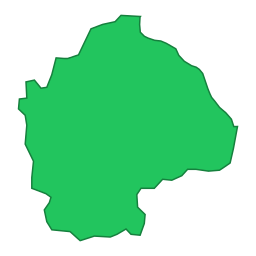 outline of Gimhae-si, South Gyeongsang, South Korea
{"feature_id": "91817680B1708787718818", "entity_name": "Gimhae-si", "entity_type": "district", "adm_level": 2, "iso_a3": "KOR", "parent_name": "South Korea", "parent_adm1": "South Gyeongsang", "projection": "equal_earth", "projection_center": [128.865, 35.269], "detail": "fine", "context": "isolated", "style": "filled", "palette": "green", "viewbox_px": 256, "rotation_deg": 0, "n_neighbors": 0, "source": "geoboundaries", "source_scale": "gbopen_adm2", "svg_char_len": 1131}
<svg xmlns="http://www.w3.org/2000/svg" viewBox="0 0 256 256"><path d="M140.4,16.5L121.0,15.4L115.1,21.7L102.7,24.4L91.0,28.8L78.5,54.9L67.7,58.5L64.3,58.5L56.1,57.9L51.8,74.7L46.8,87.3L41.0,88.2L34.4,80.1L26.0,81.9L26.8,98.1L19.4,99.0L18.5,108.9L25.2,115.3L26.8,125.2L25.2,144.1L33.5,161.2L31.8,177.5L31.8,188.3L46.0,193.7L51.0,197.3L49.3,202.7L44.3,209.9L46.8,221.7L51.8,229.8L70.1,231.6L78.4,239.1L78.8,239.4L80.1,240.6L80.3,240.6L94.3,236.1L94.5,236.1L110.1,237.0L110.3,237.0L117.0,234.3L126.0,229.0L131.0,234.3L140.1,235.2L144.3,223.5L145.1,214.5L137.6,207.2L136.8,194.6L141.0,188.3L154.3,188.3L162.6,179.3L162.8,179.3L171.8,180.2L181.8,175.7L187.6,169.3L187.8,169.3L195.9,169.3L208.4,171.1L208.6,171.1L219.5,170.2L223.3,167.7L230.1,163.0L233.4,148.6L237.5,126.5L233.8,126.6L231.4,119.2L225.9,112.9L222.5,110.0L219.5,107.4L214.7,101.1L211.6,97.4L209.9,93.8L207.8,88.6L202.7,73.5L199.3,69.4L196.2,67.2L191.5,65.7L184.3,61.3L181.9,58.7L178.8,55.4L175.8,48.8L171.3,46.2L166.2,43.3L160.8,41.0L154.6,40.3L148.1,38.1L144.4,36.3L140.3,32.2L139.6,24.5L140.0,17.1L140.4,16.5Z" fill="#22c55e" stroke="#15803d" stroke-width="1.5"/></svg>